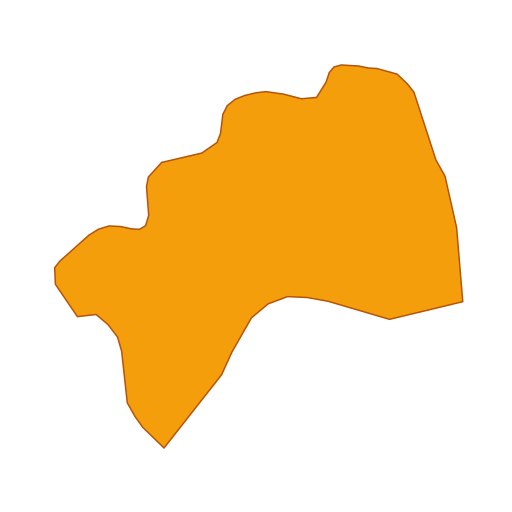 Hưng Yên, orthographic projection, rotated 82°
{"feature_id": "VNM-461", "entity_name": "Hưng Yên", "entity_type": "Province", "adm_level": 1, "iso_a3": "VNM", "parent_name": "Vietnam", "parent_adm1": "", "projection": "orthographic", "projection_center": [106.031, 20.808], "detail": "fine", "context": "isolated", "style": "filled", "palette": "amber", "viewbox_px": 512, "rotation_deg": 82, "n_neighbors": 0, "source": "natural_earth", "source_scale": "10m", "svg_char_len": 858}
<svg xmlns="http://www.w3.org/2000/svg" viewBox="0 0 512 512"><g transform="rotate(82 256 256)"><path d="M433.3,373.8L409.9,392.0L398.2,398.1L383.5,403.9L331.6,402.3L317.0,404.4L303.3,412.1L291.7,422.5L291.2,441.3L256.1,458.6L239.6,457.0L233.8,451.0L212.0,418.4L207.5,408.1L205.8,397.2L208.0,385.8L211.7,375.9L213.4,367.7L210.7,361.2L200.9,356.6L188.1,355.8L172.1,354.8L162.8,351.6L150.2,336.4L146.5,295.3L138.1,278.7L129.7,274.1L111.1,269.1L103.1,263.5L97.9,254.8L95.4,244.5L94.4,233.6L94.6,223.3L99.5,206.3L106.6,189.2L107.4,174.0L93.6,162.4L84.5,157.9L79.7,152.5L78.7,145.0L82.2,127.7L85.5,118.6L87.1,110.4L95.5,91.0L106.7,82.1L115.8,76.8L185.8,64.5L203.4,57.7L256.0,53.4L330.0,57.6L337.3,132.6L310.8,191.1L304.2,211.2L300.6,230.5L305.1,250.7L316.6,269.1L347.5,293.0L368.8,306.6L433.3,373.8Z" fill="#f59e0b" stroke="#b45309" stroke-width="1.5"/></g></svg>